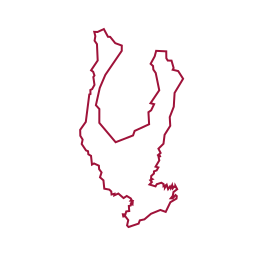 Natá, Coclé, Panama (Equal Earth projection), rotated 30°
{"feature_id": "35544464B34779473724765", "entity_name": "Natá", "entity_type": "district", "adm_level": 2, "iso_a3": "PAN", "parent_name": "Panama", "parent_adm1": "Coclé", "projection": "equal_earth", "projection_center": [-80.564, 8.407], "detail": "medium", "context": "isolated", "style": "outline", "palette": "rose", "viewbox_px": 256, "rotation_deg": 30, "n_neighbors": 0, "source": "geoboundaries", "source_scale": "gbopen_adm2", "svg_char_len": 1887}
<svg xmlns="http://www.w3.org/2000/svg" viewBox="0 0 256 256"><g transform="rotate(30 128 128)"><path d="M175.9,212.8L177.9,213.5L185.0,205.5L184.4,202.1L187.9,198.9L190.8,190.8L197.0,182.8L202.6,181.8L201.8,171.1L205.3,164.9L204.3,162.6L202.7,162.3L201.9,166.6L200.2,167.5L200.7,164.4L199.4,160.7L201.2,156.4L197.8,154.3L198.4,155.6L197.2,155.8L196.9,157.8L194.8,155.4L195.2,158.9L193.6,157.7L193.3,160.9L190.0,157.9L189.8,161.2L188.8,159.4L187.9,160.7L186.8,158.8L184.3,158.7L181.0,162.3L181.0,164.8L174.9,166.2L175.7,162.9L173.4,162.1L174.8,160.1L173.2,160.1L172.1,157.9L173.2,154.5L172.2,152.6L174.0,150.4L174.0,147.0L171.2,147.7L171.3,140.4L168.8,137.6L169.9,136.5L168.5,135.5L167.2,137.4L168.7,133.3L164.7,130.7L166.6,123.9L163.1,115.6L163.5,105.0L158.7,97.7L157.0,86.7L150.8,74.3L151.1,57.8L143.0,53.6L137.6,55.2L137.5,53.2L132.0,47.9L128.7,49.7L126.3,48.4L122.8,42.5L113.8,47.1L115.3,52.6L115.5,61.1L118.7,61.8L120.7,64.7L124.5,66.5L136.2,79.7L135.1,95.3L138.7,94.3L139.2,101.1L137.8,104.1L144.4,114.2L135.2,127.2L136.1,131.9L124.4,146.5L100.6,137.9L93.7,125.9L88.8,124.3L83.5,107.4L81.8,93.3L84.0,64.3L81.4,59.7L74.5,60.9L67.0,58.0L65.0,59.0L57.6,54.4L53.6,60.1L50.7,61.6L53.8,64.8L55.4,69.1L59.2,70.9L68.0,84.7L67.2,96.5L69.7,96.7L72.7,99.3L72.5,101.2L77.4,107.4L77.5,112.2L76.4,113.9L78.5,117.3L77.7,118.3L88.4,143.8L87.5,153.5L90.6,158.6L94.5,160.7L95.9,165.0L102.8,168.4L105.0,168.1L106.8,170.6L109.9,170.6L115.1,177.7L116.3,175.7L121.6,175.2L123.6,178.1L127.3,179.7L128.4,184.7L132.9,185.6L137.8,192.4L142.6,190.7L145.2,191.3L147.0,193.8L149.2,191.7L149.8,193.2L152.4,189.6L159.2,190.9L160.9,187.5L165.6,187.6L166.8,188.3L166.6,189.7L168.4,188.9L168.3,190.7L169.2,190.0L170.1,191.9L168.6,191.8L169.1,193.7L167.7,195.1L170.6,199.3L168.2,201.1L168.9,204.1L166.7,205.3L168.2,207.0L169.7,205.8L174.3,207.7L175.9,212.8Z" fill="none" stroke="#9f1239" stroke-width="2"/></g></svg>